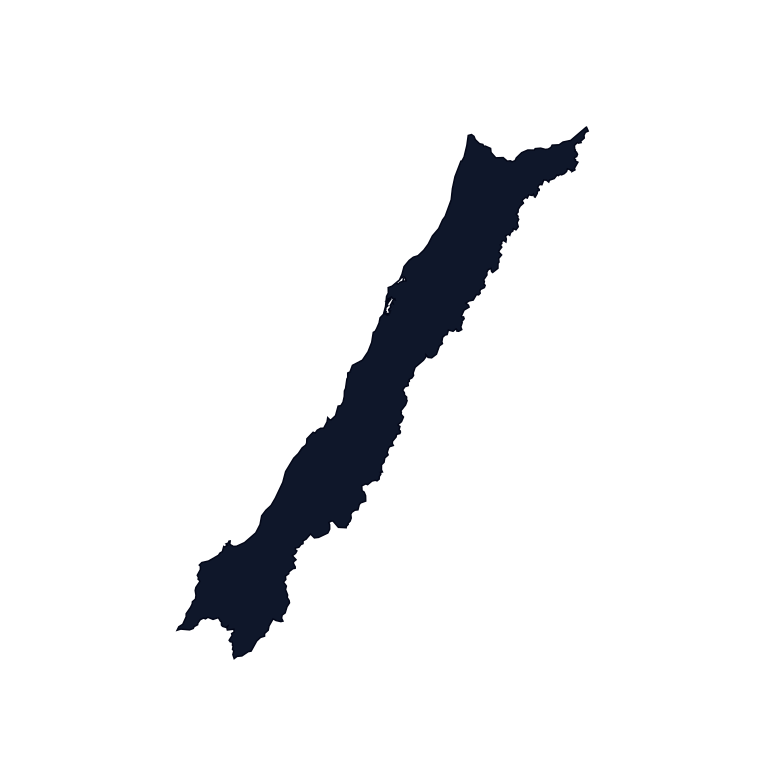 outline of Westland District, West Coast, New Zealand, rotated 338°
{"feature_id": "76426892B53697269366586", "entity_name": "Westland District", "entity_type": "district", "adm_level": 2, "iso_a3": "NZL", "parent_name": "New Zealand", "parent_adm1": "West Coast", "projection": "orthographic", "projection_center": [170.002, -43.529], "detail": "fine", "context": "isolated", "style": "filled", "palette": "ink", "viewbox_px": 768, "rotation_deg": 338, "n_neighbors": 0, "source": "geoboundaries", "source_scale": "gbopen_adm2", "svg_char_len": 6173}
<svg xmlns="http://www.w3.org/2000/svg" viewBox="0 0 768 768"><g transform="rotate(338 384 384)"><path d="M555.2,185.1L550.2,193.8L543.3,203.5L539.7,206.5L538.8,206.2L527.5,218.3L520.6,228.5L515.3,238.4L503.5,251.5L499.7,253.9L492.9,260.4L484.4,264.8L477.4,270.9L470.9,274.9L463.6,277.8L458.7,277.4L453.7,278.8L446.6,282.6L441.7,289.1L437.3,293.3L428.1,296.3L424.0,296.2L422.1,301.2L419.2,303.7L414.5,312.6L409.9,318.7L413.9,315.2L414.0,314.0L416.9,312.9L416.3,311.3L417.0,311.1L416.7,309.5L417.8,310.6L418.5,308.9L417.6,307.8L419.7,307.8L418.7,307.1L418.6,305.8L419.5,306.2L418.9,306.9L423.6,306.1L424.6,309.0L426.0,308.9L425.9,310.0L425.1,309.1L424.1,309.5L422.6,310.6L422.5,312.8L421.6,311.6L419.0,313.7L419.2,315.2L416.2,316.7L416.1,317.8L416.8,318.4L416.1,318.4L416.5,319.3L415.8,320.4L413.6,319.9L414.1,321.3L413.3,320.9L413.6,321.6L413.6,322.2L413.6,322.3L413.1,321.3L412.6,321.9L413.0,320.5L412.1,320.1L412.1,321.0L411.8,319.8L410.0,319.0L405.1,321.2L402.3,325.6L397.7,330.1L395.4,331.9L393.4,332.1L388.2,340.8L381.3,348.1L372.9,353.8L361.7,354.9L357.0,360.1L354.5,360.2L352.8,364.4L351.5,365.4L346.7,373.7L344.7,375.6L342.5,380.6L339.2,385.5L335.9,387.9L333.2,387.3L327.2,395.2L321.5,397.4L320.4,397.0L319.2,394.1L317.0,397.8L311.5,402.4L308.6,401.3L304.8,401.8L301.8,403.7L300.2,402.2L292.0,405.9L290.1,409.9L288.4,411.4L284.3,412.5L278.5,416.4L272.6,418.9L260.0,428.3L253.3,437.3L240.4,449.2L233.8,454.3L227.2,456.8L221.2,460.4L216.4,467.9L209.3,474.0L195.3,478.8L186.5,479.2L183.6,478.2L181.4,475.5L181.2,474.4L182.6,471.9L181.5,471.6L180.0,473.1L177.6,473.1L178.4,474.8L174.9,475.4L174.5,474.7L171.3,478.9L168.5,479.3L166.4,480.8L155.0,482.4L148.2,481.3L144.9,482.7L145.5,484.2L144.2,487.3L139.2,491.4L139.5,493.7L138.5,495.5L139.3,496.7L139.2,498.2L133.4,502.1L131.6,504.7L130.5,509.5L128.6,512.8L124.8,514.1L123.7,516.2L121.0,518.6L114.5,522.9L113.4,525.7L107.4,531.4L102.8,532.2L99.9,534.8L103.7,535.1L111.6,539.1L115.5,539.2L117.1,537.8L121.0,537.4L121.9,535.9L125.3,533.7L128.9,533.4L130.5,534.9L133.3,534.3L137.3,538.2L142.9,538.6L143.5,542.7L144.2,543.4L143.0,546.6L143.5,548.2L146.3,550.5L148.4,550.0L146.9,551.7L146.6,553.4L153.0,555.1L152.0,557.9L149.2,558.3L149.0,560.3L144.4,563.6L144.9,565.4L146.5,566.3L146.5,567.7L145.6,569.4L145.9,570.6L144.1,573.3L144.8,575.1L142.5,578.3L142.2,582.5L145.7,581.5L150.4,582.9L157.8,581.3L160.7,581.9L169.7,574.6L174.6,572.7L178.8,573.1L179.8,570.6L184.4,568.9L186.7,565.3L193.2,560.2L195.2,562.8L199.4,565.7L201.5,566.0L201.3,562.8L203.0,560.1L206.6,559.2L210.6,554.2L214.4,551.5L214.9,549.2L214.3,545.7L215.6,543.5L215.7,537.6L217.8,534.8L216.6,530.0L219.7,528.5L220.6,525.2L224.6,524.2L225.5,522.5L230.4,521.1L232.6,521.6L233.2,520.4L232.8,516.8L233.4,515.0L236.6,514.0L234.7,508.9L238.5,507.9L240.7,506.1L239.8,504.7L240.3,502.9L243.9,503.5L246.8,501.7L249.1,501.7L250.2,499.1L253.6,498.7L259.7,495.5L261.8,500.6L265.9,501.7L276.1,501.1L279.3,498.2L280.9,494.1L280.9,491.8L283.6,491.3L285.4,492.0L288.0,499.8L295.1,503.1L295.7,501.9L298.3,500.7L298.4,499.7L301.2,498.5L303.4,496.0L304.4,492.3L306.2,490.9L309.7,490.1L312.7,490.9L315.8,486.6L317.7,485.5L323.2,485.7L325.1,480.7L325.1,476.8L323.7,474.7L325.2,470.1L329.7,469.8L331.1,471.2L336.5,469.5L339.8,470.0L341.3,471.2L343.9,470.4L345.0,468.0L347.3,466.4L347.6,464.6L349.6,465.0L349.5,462.6L351.4,458.0L354.7,456.6L357.0,452.9L361.3,451.3L361.3,448.7L364.2,445.2L365.6,444.2L369.6,444.5L369.4,442.3L370.4,440.3L375.3,437.7L376.8,435.4L380.1,435.9L381.1,435.0L381.5,433.7L380.8,432.1L382.9,429.3L381.7,427.8L382.0,426.8L386.1,425.5L389.7,421.9L388.5,418.4L389.6,416.6L389.4,415.3L396.1,411.5L399.2,408.1L399.1,406.8L400.1,404.6L398.9,401.9L399.6,399.8L399.0,396.6L402.3,394.4L405.9,394.6L406.9,391.4L408.5,391.0L409.0,389.2L412.2,388.8L414.6,387.2L415.2,384.7L419.1,380.2L429.5,376.7L432.9,374.6L433.9,372.6L434.8,375.9L438.0,377.6L443.8,376.0L449.6,369.4L453.3,368.5L453.5,366.5L455.8,362.7L458.9,361.5L461.1,361.8L463.9,358.1L467.8,361.0L471.4,359.9L471.9,360.8L471.4,362.2L473.0,363.1L476.5,362.7L476.6,359.8L479.5,356.4L479.2,355.5L482.8,353.5L482.9,351.6L481.2,350.9L481.3,349.9L485.9,345.5L491.7,344.6L491.8,342.5L490.1,339.6L494.0,338.9L498.2,339.6L503.2,335.7L505.1,336.8L507.2,335.9L507.6,333.8L508.9,332.5L513.2,332.2L514.8,330.4L514.0,328.8L515.6,326.3L515.2,324.9L520.3,321.5L521.2,318.9L523.6,317.0L526.5,316.9L525.9,320.1L526.5,321.3L533.0,319.4L534.9,314.8L536.3,314.1L537.3,310.6L541.4,308.4L539.9,304.8L540.6,303.5L544.5,301.2L543.9,298.6L545.9,297.9L546.4,295.9L548.7,295.7L550.2,298.0L551.7,295.5L552.0,292.6L553.9,291.8L555.5,292.0L556.3,293.3L558.2,291.0L560.8,290.4L562.1,288.4L564.1,290.5L567.4,288.5L567.9,284.2L570.6,281.7L570.1,280.3L571.1,278.7L570.3,275.9L572.7,274.9L573.8,272.4L577.0,270.0L581.0,268.6L581.1,267.6L580.2,266.9L581.6,265.1L585.2,264.0L586.5,265.3L589.1,262.8L592.0,264.7L593.7,264.0L593.6,266.8L594.1,267.4L597.4,264.8L598.6,262.6L600.4,262.7L600.9,261.6L600.0,259.8L601.2,258.2L603.0,257.3L605.1,258.4L608.5,254.7L611.0,255.9L612.4,258.5L613.8,257.0L618.8,257.3L622.9,254.9L623.6,256.1L625.7,255.6L627.0,256.6L629.9,256.5L632.8,255.4L634.7,253.2L636.8,254.9L636.9,255.9L638.4,256.1L637.8,257.4L641.3,257.0L641.4,255.3L646.9,251.0L645.0,249.0L645.6,247.8L644.9,246.7L645.6,245.4L647.8,245.3L649.5,243.5L649.3,241.0L648.3,239.7L649.1,238.8L648.8,237.7L649.9,234.2L653.7,232.5L654.5,233.5L657.2,234.0L657.2,232.7L661.8,231.0L662.6,228.3L665.0,226.1L668.1,226.0L668.0,221.7L667.4,221.7L648.3,228.1L640.6,226.7L636.0,227.8L629.4,225.5L627.4,227.2L624.3,227.7L621.6,227.0L617.6,224.0L612.4,222.4L610.8,223.4L605.0,220.9L598.3,221.1L591.4,223.9L589.2,226.0L586.2,226.0L584.8,224.4L581.8,223.6L579.3,218.7L572.4,216.2L570.0,209.4L571.1,205.5L567.1,201.4L565.6,201.1L565.4,198.9L562.6,197.0L560.2,191.6L560.2,188.1L558.6,185.5L555.2,185.1ZM438.0,293.1L440.0,291.5L440.2,292.2L442.7,292.1L443.4,293.5L443.2,296.6L440.4,296.0L442.0,293.1L439.8,295.9L436.8,295.7L434.8,296.7L433.6,295.8L433.6,294.8L438.0,293.1ZM421.0,307.9L419.7,307.1L419.8,308.0L418.8,308.3L418.3,310.2L422.9,307.4L421.0,307.9ZM413.2,317.8L412.7,316.4L410.4,319.0L411.8,319.2L413.2,317.8Z" fill="#0f172a" stroke="#020617" stroke-width="1.5"/></g></svg>